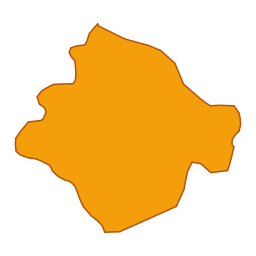 Yangsan-si, South Gyeongsang, South Korea
{"feature_id": "91817680B11624916188823", "entity_name": "Yangsan-si", "entity_type": "district", "adm_level": 2, "iso_a3": "KOR", "parent_name": "South Korea", "parent_adm1": "South Gyeongsang", "projection": "robinson", "projection_center": [129.018, 35.401], "detail": "fine", "context": "isolated", "style": "filled", "palette": "amber", "viewbox_px": 256, "rotation_deg": 0, "n_neighbors": 0, "source": "geoboundaries", "source_scale": "gbopen_adm2", "svg_char_len": 1085}
<svg xmlns="http://www.w3.org/2000/svg" viewBox="0 0 256 256"><path d="M97.7,23.8L89.5,33.2L86.6,42.0L84.7,44.9L75.6,46.2L70.7,48.1L69.1,52.5L71.4,56.9L74.9,61.0L75.6,68.3L75.9,74.9L75.3,80.6L73.0,83.8L59.4,84.1L53.6,84.4L48.4,86.9L41.9,90.7L37.1,96.7L39.3,104.0L44.2,107.5L46.1,111.9L43.2,118.9L40.9,120.5L28.3,122.0L20.9,130.9L16.1,137.6L15.7,138.2L15.4,144.5L16.0,151.2L19.9,154.6L23.4,156.2L29.6,158.1L35.4,158.8L40.6,160.7L45.5,163.2L49.7,165.4L52.6,171.1L55.5,174.0L57.8,176.2L64.6,180.0L69.1,181.2L72.0,183.1L75.2,186.6L80.1,199.6L82.0,204.0L83.7,207.2L86.6,210.4L91.1,215.8L94.0,218.0L97.3,220.5L102.4,225.9L104.7,232.2L108.2,232.1L119.4,231.8L127.3,228.3L176.3,206.4L179.5,199.3L184.0,189.4L185.5,181.0L187.5,171.6L192.1,162.2L200.7,163.6L210.8,172.6L227.5,170.6L230.0,163.2L234.0,146.8L232.1,145.3L232.1,139.9L235.1,135.0L239.1,131.0L240.6,124.6L240.1,118.2L239.1,113.2L234.1,105.8L218.9,105.3L210.3,105.8L204.2,101.8L197.6,96.4L183.5,84.1L174.9,63.3L160.7,50.5L148.6,45.5L125.3,39.1L117.2,35.2L99.0,26.3L97.7,23.8Z" fill="#f59e0b" stroke="#b45309" stroke-width="1.5"/></svg>